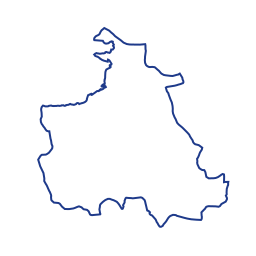 Sinuras, Al Fayyum, Egypt (orthographic projection), rotated 353°
{"feature_id": "37247803B57049820860179", "entity_name": "Sinuras", "entity_type": "district", "adm_level": 2, "iso_a3": "EGY", "parent_name": "Egypt", "parent_adm1": "Al Fayyum", "projection": "orthographic", "projection_center": [30.822, 29.442], "detail": "fine", "context": "isolated", "style": "outline", "palette": "blue", "viewbox_px": 256, "rotation_deg": 353, "n_neighbors": 0, "source": "geoboundaries", "source_scale": "gbopen_adm2", "svg_char_len": 5735}
<svg xmlns="http://www.w3.org/2000/svg" viewBox="0 0 256 256"><g transform="rotate(353 128 128)"><path d="M90.1,210.0L89.9,209.3L89.7,205.3L90.0,204.3L90.4,203.1L90.8,201.2L91.5,200.2L94.0,198.3L95.7,197.3L96.8,196.7L99.4,195.9L101.3,196.1L103.3,197.2L104.9,197.9L106.6,199.0L107.9,199.9L109.1,201.6L109.9,203.0L111.9,207.4L112.4,207.6L113.0,207.4L114.0,205.4L113.7,204.0L114.2,203.3L115.5,201.6L115.7,200.6L115.7,199.9L117.0,197.5L117.7,197.0L120.4,197.6L122.8,198.0L124.2,198.4L125.9,198.4L132.3,198.4L133.7,199.1L135.7,201.6L136.0,203.0L136.3,205.9L136.4,206.6L137.0,212.2L137.8,212.7L138.2,212.7L139.5,214.3L139.0,215.0L139.1,216.0L139.8,216.9L141.3,217.8L144.3,222.2L145.1,225.0L145.8,226.2L146.1,227.1L146.6,228.3L147.4,229.7L148.6,230.1L150.0,229.6L150.5,229.4L151.6,227.9L152.8,226.9L154.4,225.4L156.9,222.3L158.0,221.3L159.2,220.5L162.0,219.7L163.2,219.9L164.9,220.3L165.6,221.0L173.1,224.1L176.0,225.2L179.6,226.3L184.4,227.3L188.9,228.1L189.4,228.1L190.1,227.1L190.5,225.2L190.4,224.2L190.6,220.7L194.3,217.7L194.7,217.5L195.6,216.2L196.3,215.7L198.2,215.4L205.1,216.4L206.8,216.8L208.3,217.2L209.7,216.7L211.5,214.8L216.0,213.0L217.5,210.8L217.7,209.6L216.9,207.0L217.4,206.5L217.9,205.8L218.0,203.9L218.4,201.7L218.6,200.5L219.9,197.6L220.4,196.9L220.6,195.7L220.6,195.0L221.0,193.7L220.3,193.6L219.6,193.6L218.1,193.4L216.7,193.5L217.5,188.0L217.6,185.8L216.4,185.2L215.0,185.7L213.9,186.4L211.3,187.7L208.9,188.3L206.8,188.3L203.9,188.0L202.0,187.8L199.8,186.0L199.5,182.2L199.4,181.2L198.6,179.1L197.4,178.9L196.5,178.7L195.0,177.6L193.8,176.4L192.5,172.4L192.4,170.8L192.6,170.5L192.8,169.1L192.8,167.0L193.9,165.8L195.2,163.6L195.9,162.1L196.6,160.9L198.6,158.5L199.3,156.6L196.1,153.6L192.7,152.3L191.7,151.3L191.0,150.2L190.7,149.0L190.7,148.3L189.7,146.4L188.6,144.1L187.9,142.0L186.3,139.7L183.6,136.2L182.1,134.3L180.9,133.0L178.7,130.7L177.4,128.8L176.3,124.8L175.6,123.2L174.5,119.2L174.4,116.8L174.8,114.2L174.9,111.6L174.6,108.0L173.7,105.0L172.6,100.3L172.4,99.3L172.3,98.4L171.1,96.3L170.8,94.6L170.5,92.5L171.6,92.0L179.5,91.7L181.8,91.4L183.2,91.1L185.4,90.8L187.3,90.3L188.0,90.2L188.6,89.3L188.6,88.1L188.1,86.4L188.0,84.6L186.0,80.3L185.3,80.6L184.3,81.1L183.4,81.1L179.6,81.7L178.6,81.8L177.2,81.6L171.9,80.3L170.0,79.7L167.8,78.1L167.1,77.2L165.6,74.9L164.6,73.9L162.6,71.6L161.9,70.9L159.5,70.3L157.1,70.2L156.1,69.9L154.7,69.0L153.7,67.9L153.4,67.2L153.2,66.2L152.9,65.5L152.9,65.1L153.0,62.5L153.4,60.8L153.6,59.3L154.3,56.7L155.1,53.6L155.0,51.9L155.2,49.8L155.4,48.1L155.3,46.9L149.9,46.7L142.5,45.7L139.8,45.3L137.0,44.5L134.0,42.7L131.6,40.1L126.4,35.3L124.7,33.0L122.7,30.9L122.0,30.0L121.0,28.9L116.6,25.9L114.7,27.2L113.8,27.7L112.7,28.9L111.3,31.1L110.8,31.6L109.4,32.3L108.3,32.6L107.1,33.1L106.6,33.6L105.7,34.4L105.3,35.3L105.1,36.3L105.3,36.7L113.7,38.4L114.2,39.8L114.7,40.5L115.5,41.2L115.9,41.4L116.9,41.6L118.8,41.5L119.3,41.3L120.0,40.8L120.9,40.3L121.4,40.2L122.1,40.0L122.5,40.0L123.3,40.4L123.0,40.9L123.3,41.1L123.3,41.8L123.6,42.5L123.8,43.0L124.1,43.7L123.6,44.2L123.2,44.5L123.4,45.2L123.9,45.9L123.9,46.3L123.7,47.1L122.4,48.3L121.6,48.3L120.9,48.1L120.3,49.5L120.3,50.0L119.6,50.7L119.1,51.0L118.9,51.2L118.4,51.0L118.2,50.8L117.7,50.8L117.0,50.6L116.2,50.1L115.8,49.9L114.8,50.0L114.4,50.7L113.7,50.9L112.7,51.0L112.2,50.8L109.1,50.9L107.0,50.2L106.5,50.2L105.8,49.8L104.4,50.3L104.1,50.6L103.7,50.8L103.4,51.0L103.9,51.7L104.2,52.4L104.7,52.7L105.4,53.1L105.9,53.3L106.6,53.6L108.6,55.4L108.8,55.9L109.3,56.3L109.8,56.5L110.8,57.5L111.5,57.7L112.0,58.1L115.9,59.7L116.3,58.2L116.5,57.7L117.2,58.2L117.5,58.4L118.0,59.1L119.5,62.4L119.1,63.1L118.4,63.4L117.6,63.4L117.4,64.1L117.5,64.6L117.9,64.8L118.2,65.3L117.7,65.8L116.6,66.3L116.1,66.3L115.1,66.8L114.2,67.1L113.7,67.3L113.1,68.1L112.8,68.8L112.4,69.7L112.2,70.7L111.6,74.0L111.6,74.5L111.2,76.2L110.7,76.9L110.8,77.4L110.5,77.9L110.3,78.8L110.4,80.5L110.3,81.3L109.7,82.2L109.0,82.0L108.8,81.7L107.8,82.2L107.6,82.7L107.2,83.0L106.9,83.2L107.4,83.9L108.8,83.4L110.0,83.3L110.7,83.8L111.0,84.7L110.3,85.0L109.8,85.0L109.1,85.3L108.4,86.0L107.7,86.3L107.3,86.5L106.8,86.5L106.4,86.7L105.8,86.1L104.7,86.6L104.4,86.9L104.5,87.3L103.3,87.8L103.0,87.6L101.8,87.6L98.6,89.4L97.4,89.9L97.2,90.2L96.1,90.7L95.8,90.7L95.3,90.2L96.0,89.7L95.7,89.5L95.0,89.8L94.6,90.0L93.9,90.0L92.9,90.6L92.4,90.6L91.8,91.8L90.7,94.2L90.7,94.7L90.5,95.1L90.0,95.9L89.8,96.1L88.6,96.9L87.2,97.4L85.8,97.7L85.1,97.7L83.9,98.0L83.2,98.0L82.5,98.3L82.0,97.6L81.3,97.1L80.5,97.1L79.8,97.4L79.4,97.9L78.9,98.1L78.2,98.2L77.5,98.4L76.8,98.4L76.5,98.2L75.8,98.0L75.4,98.0L75.1,97.8L74.4,97.6L73.9,97.4L73.7,97.1L73.2,97.1L72.5,97.4L72.0,97.7L69.4,97.7L69.2,98.0L68.7,98.2L68.0,98.3L67.3,98.1L66.8,97.6L66.1,97.6L65.1,97.4L64.4,97.7L62.5,97.7L62.0,97.5L60.8,97.3L59.2,97.4L58.4,97.2L57.0,97.2L56.5,97.0L56.1,97.0L55.3,96.8L54.4,96.3L52.0,96.4L51.5,96.7L50.1,96.7L49.2,96.5L48.7,96.5L48.2,96.3L47.5,95.9L47.0,95.6L46.3,95.4L45.8,95.9L44.9,96.7L44.2,98.3L44.0,99.5L44.1,102.4L43.8,106.2L42.4,108.6L42.3,111.5L42.9,113.6L43.6,114.7L44.1,115.9L45.4,118.0L45.9,119.2L46.9,120.8L48.8,121.7L49.5,121.7L49.8,129.2L50.1,130.9L50.2,134.7L50.8,136.8L50.4,138.7L49.7,139.7L48.5,140.9L46.5,142.9L44.6,143.9L43.2,144.4L39.2,144.1L38.0,144.8L37.3,145.6L35.5,147.8L35.0,148.5L36.2,155.3L38.6,162.4L38.8,167.8L38.4,170.5L39.7,173.7L40.0,174.2L40.7,176.1L41.3,178.2L42.1,180.8L42.6,181.9L43.4,184.8L43.5,186.2L43.2,186.9L43.1,190.0L43.6,190.9L45.4,193.0L48.2,193.6L49.9,194.0L51.1,194.9L52.9,198.0L55.4,200.7L59.7,201.3L63.9,201.2L65.4,200.9L68.2,200.1L69.8,199.8L72.3,201.1L72.8,201.8L74.0,203.2L76.9,204.1L77.4,204.3L78.8,205.9L79.7,208.9L80.2,209.6L81.6,210.1L85.4,210.2L88.3,210.3L89.9,210.3L90.1,210.0Z" fill="none" stroke="#1e3a8a" stroke-width="2"/></g></svg>